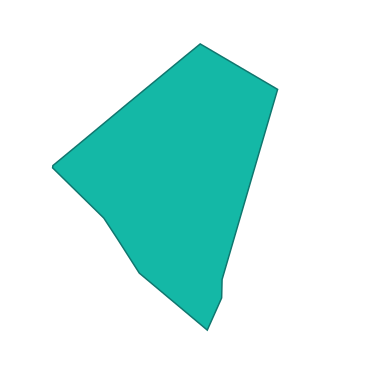 outline of Lebanon, Pennsylvania, United States of America, rotated 67°
{"feature_id": "52423323B26378856844505", "entity_name": "Lebanon", "entity_type": "district", "adm_level": 2, "iso_a3": "USA", "parent_name": "United States of America", "parent_adm1": "Pennsylvania", "projection": "mercator", "projection_center": [-76.461, 40.376], "detail": "fine", "context": "isolated", "style": "filled", "palette": "teal", "viewbox_px": 384, "rotation_deg": 67, "n_neighbors": 0, "source": "geoboundaries", "source_scale": "gbopen_adm2", "svg_char_len": 345}
<svg xmlns="http://www.w3.org/2000/svg" viewBox="0 0 384 384"><g transform="rotate(67 192 192)"><path d="M131.0,73.1L58.9,126.6L64.1,144.4L85.4,216.4L102.3,272.7L113.3,309.7L115.3,310.9L181.5,283.4L206.3,278.9L246.1,272.2L325.1,231.9L301.1,206.1L284.3,198.5L179.1,112.5L131.0,73.1Z" fill="#14b8a6" stroke="#0f766e" stroke-width="1.5"/></g></svg>